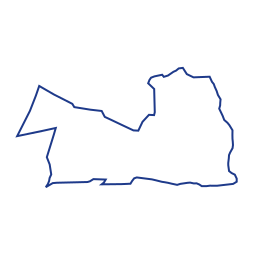 São José de Mipibu, Rio Grande do Norte, Brazil, rotated 92°
{"feature_id": "56859067B18331255180622", "entity_name": "São José de Mipibu", "entity_type": "district", "adm_level": 2, "iso_a3": "BRA", "parent_name": "Brazil", "parent_adm1": "Rio Grande do Norte", "projection": "robinson", "projection_center": [-35.288, -6.078], "detail": "fine", "context": "isolated", "style": "outline", "palette": "blue", "viewbox_px": 256, "rotation_deg": 92, "n_neighbors": 0, "source": "geoboundaries", "source_scale": "gbopen_adm2", "svg_char_len": 1376}
<svg xmlns="http://www.w3.org/2000/svg" viewBox="0 0 256 256"><g transform="rotate(92 128 128)"><path d="M190.0,208.1L185.7,201.3L185.2,197.2L183.4,166.6L182.6,164.2L180.3,160.8L180.3,148.5L183.4,150.2L185.2,152.3L184.3,132.5L184.0,128.5L183.6,123.6L180.9,122.1L178.1,120.1L177.1,117.5L178.1,106.7L178.5,102.3L179.3,98.3L180.6,92.2L180.9,89.5L181.4,86.0L182.1,82.6L183.1,76.9L182.0,73.7L180.7,66.6L180.4,64.0L181.1,60.3L180.9,57.5L182.0,54.7L183.5,52.3L183.4,47.8L182.8,44.2L182.6,37.0L180.2,21.0L177.9,17.5L174.8,17.6L170.9,19.6L169.4,22.9L167.5,25.5L161.7,26.5L159.5,26.6L154.8,26.2L151.6,26.1L149.0,25.1L144.5,22.8L141.4,22.5L138.1,22.8L135.2,23.2L131.5,23.4L126.6,23.5L121.6,26.8L119.3,28.8L116.6,32.1L112.6,33.8L105.5,37.5L102.2,36.7L99.6,36.7L96.1,36.5L91.8,39.3L87.9,40.7L83.9,42.7L81.1,43.8L78.9,45.7L73.9,48.2L75.1,64.3L72.1,71.1L66.0,75.3L66.7,79.4L69.0,82.0L70.2,84.5L71.6,86.4L74.2,89.9L75.6,94.0L73.6,95.7L74.4,99.0L75.5,103.4L76.9,106.7L79.2,108.2L82.6,109.4L88.1,103.2L111.3,101.8L114.2,102.4L114.1,107.5L121.3,113.7L130.3,117.6L130.2,122.5L125.1,134.4L120.2,145.7L117.7,151.6L111.9,154.9L111.0,166.3L109.0,182.4L105.8,184.5L97.2,203.0L89.1,218.2L98.9,221.2L114.3,226.6L140.0,238.5L133.9,213.5L130.5,200.2L137.2,201.9L160.0,208.1L167.2,205.0L177.1,203.1L180.7,204.6L183.7,205.0L186.8,206.1L190.0,208.1Z" fill="none" stroke="#1e3a8a" stroke-width="2"/></g></svg>